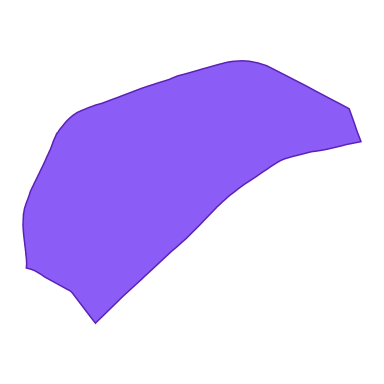 Ain Shams, Al Qahirah, Egypt (Robinson projection)
{"feature_id": "37247803B66210800118153", "entity_name": "Ain Shams", "entity_type": "district", "adm_level": 2, "iso_a3": "EGY", "parent_name": "Egypt", "parent_adm1": "Al Qahirah", "projection": "robinson", "projection_center": [31.326, 30.123], "detail": "fine", "context": "isolated", "style": "filled", "palette": "violet", "viewbox_px": 384, "rotation_deg": 0, "n_neighbors": 0, "source": "geoboundaries", "source_scale": "gbopen_adm2", "svg_char_len": 5537}
<svg xmlns="http://www.w3.org/2000/svg" viewBox="0 0 384 384"><path d="M361.0,141.6L356.8,130.6L354.9,124.9L352.9,119.2L349.2,108.8L346.1,107.1L340.7,104.2L334.5,101.0L328.2,97.7L322.2,94.5L315.3,90.9L309.1,87.5L302.5,84.0L297.7,81.6L286.3,75.7L266.7,65.7L258.1,63.0L249.7,61.3L247.5,61.1L242.5,60.8L242.4,60.8L238.2,61.0L232.4,61.4L227.4,62.2L222.7,63.4L217.6,64.7L212.0,66.3L207.8,67.5L203.7,68.6L196.5,70.7L190.6,72.4L183.8,74.3L177.6,75.9L172.7,77.9L169.1,79.5L164.9,80.8L155.5,83.7L155.4,83.8L154.5,84.1L150.6,85.3L150.0,85.5L149.4,85.7L148.2,86.1L147.8,86.2L147.3,86.4L146.9,86.5L146.4,86.7L145.5,87.0L144.6,87.3L143.7,87.6L142.9,87.9L141.8,88.2L140.8,88.6L139.8,89.0L138.8,89.4L138.4,89.5L138.0,89.7L137.6,89.8L137.2,90.0L136.3,90.3L135.6,90.6L134.7,90.9L133.9,91.2L133.8,91.3L133.0,91.6L132.5,91.8L132.0,91.9L131.1,92.3L130.9,92.4L130.1,92.7L129.3,93.0L128.5,93.3L128.3,93.4L127.7,93.6L126.9,93.9L126.3,94.1L126.0,94.2L125.8,94.3L125.2,94.5L124.7,94.8L123.9,95.0L123.6,95.2L122.9,95.4L122.0,95.8L121.8,95.8L121.1,96.1L120.3,96.4L119.6,96.7L118.8,97.0L118.0,97.3L117.3,97.6L116.7,97.8L116.2,98.0L115.7,98.2L115.3,98.3L114.9,98.4L114.0,98.8L113.6,98.9L113.1,99.1L112.3,99.4L111.7,99.6L111.4,99.7L110.8,100.0L110.2,100.2L109.5,100.4L108.9,100.7L108.2,100.9L107.5,101.2L107.3,101.3L106.7,101.5L106.4,101.6L106.0,101.8L105.4,102.0L104.9,102.2L104.5,102.3L104.3,102.4L103.7,102.6L103.2,102.8L102.7,103.0L102.4,103.1L102.0,103.3L101.2,103.5L100.6,103.7L100.1,103.8L99.3,104.0L99.0,104.1L98.6,104.2L97.9,104.4L97.2,104.6L96.8,104.7L96.4,104.8L96.0,104.9L95.5,105.1L94.8,105.3L94.1,105.6L93.4,105.9L92.9,106.1L92.1,106.4L90.4,107.0L88.9,107.5L88.5,107.7L88.0,107.9L87.1,108.2L86.4,108.5L86.0,108.7L85.6,108.9L84.6,109.3L83.6,109.7L83.1,109.9L82.6,110.1L81.6,110.5L80.7,110.9L79.9,111.3L79.0,111.7L78.0,112.1L77.6,112.3L77.1,112.6L76.7,112.8L76.1,113.2L75.7,113.5L75.3,113.8L74.5,114.3L74.0,114.6L73.6,114.9L72.9,115.4L72.3,115.9L71.6,116.5L71.0,117.0L70.4,117.5L69.9,117.9L69.5,118.3L69.1,118.7L68.7,119.0L68.2,119.5L67.8,119.9L67.3,120.4L66.9,120.8L66.4,121.3L66.0,121.8L65.6,122.3L65.2,122.7L64.6,123.4L64.4,123.7L64.1,124.1L63.5,124.8L63.0,125.5L62.5,126.1L62.0,126.7L61.7,127.1L61.5,127.4L60.9,128.0L60.5,128.5L60.1,129.0L59.7,129.5L59.4,130.0L59.1,130.4L58.8,130.8L58.6,131.2L58.4,131.6L58.1,132.0L57.9,132.3L57.5,132.8L57.2,133.0L56.9,133.2L56.9,133.3L56.6,133.8L56.3,134.5L56.0,135.2L55.7,136.0L55.2,137.0L54.7,138.1L54.4,138.8L54.1,139.5L53.8,140.2L53.5,140.9L53.3,141.3L53.2,141.7L52.7,142.9L52.7,143.2L52.4,144.0L52.0,145.0L51.6,146.1L51.4,146.6L51.2,147.2L50.8,148.1L50.7,148.5L50.5,149.0L49.6,150.9L48.7,152.9L47.8,154.9L46.8,156.9L46.2,158.3L45.9,159.0L45.6,159.7L45.0,161.1L44.3,162.5L44.1,163.1L43.8,163.6L43.6,164.2L43.3,164.7L42.8,165.8L42.5,166.3L42.3,166.9L41.8,167.9L41.5,168.4L41.2,169.0L40.8,169.9L40.6,170.4L40.3,170.8L39.9,171.8L39.7,172.2L39.5,172.7L39.1,173.4L39.0,173.6L38.8,174.1L38.5,174.6L38.1,175.5L37.8,176.0L37.6,176.5L37.1,177.6L36.8,178.1L36.6,178.6L36.0,179.7L35.5,180.8L35.2,181.4L34.9,182.0L34.6,182.6L34.3,183.2L33.7,184.4L33.7,184.5L33.4,185.2L33.1,185.8L32.4,187.1L31.8,188.4L31.4,189.2L31.1,189.9L30.8,190.6L30.4,191.3L30.2,191.9L29.9,192.8L29.8,193.2L29.8,193.3L29.4,194.5L29.1,195.4L28.9,196.2L28.5,197.1L28.2,198.0L28.1,198.3L27.9,198.8L27.6,199.6L27.3,200.4L27.0,201.0L26.8,201.6L26.6,202.2L26.4,202.7L26.1,203.5L25.9,204.2L25.6,205.0L25.4,205.7L25.2,206.3L25.0,206.9L24.8,207.5L24.6,208.2L24.5,208.7L24.4,209.1L24.3,209.5L24.2,210.0L24.2,210.4L24.1,211.0L23.9,212.0L23.8,212.5L23.7,213.0L23.5,214.0L23.5,214.4L23.4,214.8L23.4,215.4L23.4,216.4L23.3,217.3L23.3,218.1L23.2,218.9L23.2,219.8L23.2,220.6L23.1,221.5L23.1,222.5L23.1,223.5L23.0,224.5L23.0,225.2L23.0,225.9L23.1,226.8L23.1,227.9L23.2,228.5L23.2,229.0L23.3,230.3L23.4,230.9L23.4,231.5L23.5,232.8L23.6,234.0L23.7,235.1L23.8,236.1L23.9,236.7L24.0,237.2L24.1,238.3L24.2,238.9L24.2,239.6L24.2,239.8L24.4,241.0L24.5,241.7L24.6,242.4L24.7,243.8L24.9,245.1L25.0,246.4L25.1,246.7L25.2,247.6L25.3,248.2L25.4,248.9L25.4,249.6L25.5,250.3L25.6,251.1L25.7,251.8L25.8,252.5L25.8,253.3L25.8,253.8L25.9,254.0L25.9,254.8L26.0,255.4L26.1,256.0L26.2,256.6L26.2,257.1L26.3,257.6L26.4,258.5L26.4,259.3L26.5,260.1L26.5,261.0L26.5,261.8L26.6,262.5L26.6,263.3L26.6,264.0L26.6,264.8L26.6,265.0L26.5,265.7L26.4,266.2L26.4,266.7L26.4,267.1L26.3,268.0L27.0,268.2L30.9,269.2L34.6,270.6L40.9,274.3L44.3,276.7L44.7,277.0L45.1,277.2L68.2,289.9L68.5,290.0L69.2,290.3L69.5,290.5L70.0,290.8L70.4,291.1L70.7,291.3L71.1,291.7L71.5,292.0L71.8,292.3L72.1,292.7L72.4,293.1L72.7,293.4L80.1,303.2L92.3,319.2L95.5,323.2L96.0,322.6L96.3,322.3L106.8,312.1L117.9,301.3L121.9,297.3L124.6,294.8L140.0,280.7L141.8,279.1L143.7,277.2L152.8,268.8L159.9,262.2L165.9,256.6L166.5,256.0L167.2,255.4L171.6,251.2L176.0,247.6L180.3,243.7L185.8,238.9L192.2,232.5L199.9,224.8L203.9,220.6L214.5,209.6L215.3,208.8L215.7,208.4L216.1,207.9L216.3,207.8L216.5,207.5L216.9,207.0L218.3,205.8L218.9,205.2L219.6,204.6L220.7,203.6L221.2,203.1L221.7,202.6L222.8,201.5L223.4,201.0L224.0,200.5L226.9,197.9L229.9,195.2L232.1,193.6L234.8,191.6L238.0,189.0L241.5,186.4L245.1,183.8L248.6,181.6L253.0,178.7L256.8,176.2L260.1,173.8L263.8,171.3L266.3,169.7L270.9,166.5L277.5,162.3L280.9,160.4L283.7,159.2L286.9,158.1L287.8,157.9L288.6,157.7L291.5,156.8L294.6,156.0L302.7,154.0L309.5,152.2L312.1,151.6L315.7,151.2L319.6,150.6L325.3,149.6L328.1,149.0L330.2,148.5L341.4,145.9L346.4,144.5L350.1,143.8L355.1,142.8L358.8,142.1L359.3,142.0L359.8,141.9L361.0,141.6Z" fill="#8b5cf6" stroke="#5b21b6" stroke-width="1.5"/></svg>